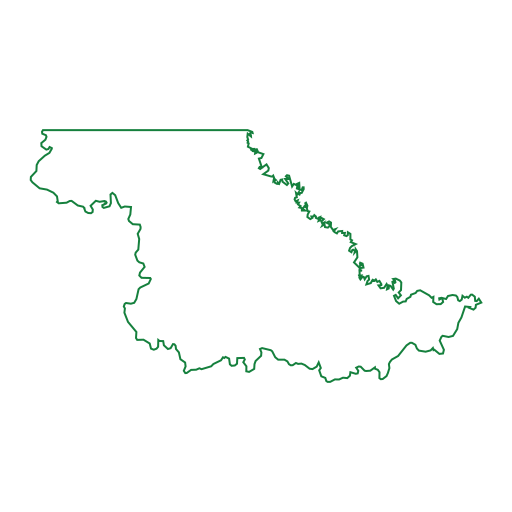 El Encanto, Amazonas, Colombia (orthographic projection)
{"feature_id": "7082276B15462988930410", "entity_name": "El Encanto", "entity_type": "district", "adm_level": 2, "iso_a3": "COL", "parent_name": "Colombia", "parent_adm1": "Amazonas", "projection": "orthographic", "projection_center": [-72.847, -1.998], "detail": "fine", "context": "isolated", "style": "outline", "palette": "green", "viewbox_px": 512, "rotation_deg": 0, "n_neighbors": 0, "source": "geoboundaries", "source_scale": "gbopen_adm2", "svg_char_len": 6082}
<svg xmlns="http://www.w3.org/2000/svg" viewBox="0 0 512 512"><path d="M43.0,130.1L42.0,131.8L42.3,133.7L45.9,135.2L46.5,136.8L45.4,139.7L41.3,143.1L41.5,146.2L46.3,149.6L48.4,149.0L49.6,147.0L51.6,148.0L51.8,147.3L51.8,148.7L49.4,152.9L44.8,155.7L38.7,161.2L36.7,165.0L36.4,171.0L30.9,176.9L30.7,180.0L32.4,182.3L39.6,188.3L47.0,189.6L53.4,192.7L57.0,196.4L57.9,202.4L56.2,201.4L58.7,203.3L66.6,202.7L69.7,201.0L71.6,200.9L77.8,205.5L83.1,206.7L85.0,208.7L84.2,208.3L85.4,211.5L88.2,213.0L91.0,213.2L92.6,212.0L92.8,209.5L90.6,205.8L95.8,200.8L99.7,201.8L104.5,201.0L106.0,201.6L106.6,202.7L106.1,203.5L104.7,204.2L104.9,202.5L104.6,204.2L102.3,205.2L102.5,207.0L103.8,207.9L109.5,206.3L110.9,203.1L110.5,194.5L112.4,192.9L115.2,195.2L118.2,203.1L121.2,207.8L124.8,206.5L131.0,207.0L130.3,214.5L128.3,219.0L129.0,221.0L132.8,224.2L139.8,224.6L140.6,227.0L140.5,228.9L137.7,233.8L139.2,239.0L138.3,249.6L135.7,252.6L135.2,254.7L137.4,260.6L139.3,262.3L143.3,263.5L144.6,266.9L140.0,272.6L139.3,275.5L141.5,277.8L150.2,278.0L150.8,279.0L148.7,283.5L140.3,287.5L138.6,289.2L136.4,299.0L134.2,302.8L130.9,303.7L126.0,303.0L124.7,303.9L123.8,306.5L124.9,308.4L124.4,312.7L128.0,321.9L136.4,332.0L136.0,338.0L137.2,339.9L143.5,339.7L149.7,343.5L151.0,348.6L153.8,349.7L156.5,348.7L158.1,346.8L158.3,340.0L159.5,341.0L163.2,341.1L163.9,345.3L167.9,349.0L170.6,348.2L173.0,344.1L174.4,344.3L175.6,345.8L176.0,349.0L178.9,352.4L180.4,359.2L185.1,362.5L185.6,366.4L183.8,370.8L185.3,373.1L186.7,373.0L191.1,369.9L196.2,369.7L199.4,368.3L201.5,369.2L211.2,366.3L213.4,364.0L221.0,360.3L223.0,357.3L224.3,358.0L225.5,356.9L229.1,358.6L229.9,364.3L231.6,365.8L234.8,365.5L237.0,363.7L237.3,358.1L244.0,357.9L244.8,359.5L243.3,362.2L246.4,366.3L246.3,371.3L249.1,371.9L254.2,368.9L254.5,364.1L255.6,361.0L261.1,355.8L261.4,352.4L260.0,349.0L262.1,348.1L270.8,350.2L272.2,351.3L275.2,357.2L278.2,359.7L284.5,359.7L287.4,361.4L289.0,364.2L290.8,365.3L292.7,365.2L295.9,363.0L298.1,363.9L301.4,363.6L304.8,365.0L309.6,368.7L312.5,369.1L316.7,366.6L318.7,362.4L320.8,368.0L319.2,370.3L321.3,376.3L325.3,377.9L326.3,381.0L327.6,381.9L330.1,381.9L334.9,379.4L339.0,379.5L343.0,377.7L347.3,378.1L349.9,375.7L350.4,372.2L355.8,373.8L357.7,373.4L358.3,370.8L356.2,367.7L358.7,366.5L360.7,366.7L364.6,370.7L366.1,371.0L370.3,370.7L374.9,367.4L375.0,368.7L377.8,369.8L379.5,372.2L379.4,378.1L380.8,379.2L382.7,379.0L386.5,376.1L387.9,373.0L389.4,368.1L388.9,364.1L389.9,362.0L391.9,359.5L398.1,356.0L406.5,345.4L410.2,342.8L411.9,342.8L415.4,344.8L416.9,348.5L418.9,350.6L425.6,351.7L430.6,350.4L432.9,348.0L433.5,350.1L434.3,349.7L439.4,353.9L443.0,353.5L443.9,349.8L439.7,340.6L441.4,336.9L442.6,335.8L448.6,337.0L453.0,335.9L457.2,329.1L458.4,322.8L461.4,317.5L465.1,306.5L469.8,307.0L469.1,307.8L473.5,309.6L475.6,307.7L475.9,304.8L481.3,302.6L478.8,298.7L476.7,301.1L475.2,300.9L474.8,296.7L472.1,294.6L470.8,294.7L468.3,297.8L466.8,296.7L464.8,297.7L462.5,295.8L461.7,299.6L459.8,301.1L458.2,300.3L457.3,297.0L455.9,295.5L452.5,295.0L448.0,296.0L446.1,299.0L441.5,297.8L439.2,298.3L439.4,299.5L441.2,298.5L442.4,298.9L443.1,302.0L440.7,304.1L436.5,304.2L433.2,302.0L433.4,296.9L431.6,297.8L429.1,295.3L420.2,290.3L417.2,290.9L415.6,293.0L411.0,294.7L410.4,296.8L406.7,298.9L405.7,301.4L403.1,301.6L399.2,303.7L396.1,301.1L394.0,295.8L395.7,294.9L398.1,298.3L400.9,295.3L398.7,292.5L401.0,290.1L401.3,282.5L399.9,280.6L395.8,278.6L393.3,279.0L395.1,280.8L395.4,282.4L394.7,282.9L393.3,281.3L392.4,281.8L393.8,288.6L393.2,289.6L390.6,285.9L389.0,285.4L388.7,288.5L387.0,289.3L387.6,286.0L386.6,284.0L384.1,287.8L380.6,288.3L378.5,285.4L381.3,285.1L381.4,284.3L379.4,280.9L377.3,281.9L375.8,279.4L374.3,280.7L372.0,279.3L373.6,281.0L371.8,281.1L370.8,283.1L366.4,284.4L367.5,281.1L369.1,279.6L368.5,275.9L366.6,276.3L364.7,279.3L363.8,277.0L362.7,276.6L360.4,279.4L359.4,277.7L361.1,275.5L358.3,275.7L359.7,274.8L359.5,270.8L362.0,270.6L359.5,269.8L359.7,268.2L363.5,267.6L362.6,263.7L360.2,262.7L359.9,263.8L361.7,265.2L360.2,265.3L359.6,267.0L358.7,267.0L354.0,262.4L357.4,257.3L357.0,251.1L355.7,249.2L355.7,251.5L354.6,252.7L355.0,251.0L353.3,249.7L352.4,249.9L351.4,252.2L349.1,250.7L350.0,248.0L351.7,246.2L355.7,244.1L350.8,242.1L352.0,240.3L350.4,239.4L350.4,233.9L347.9,232.3L347.8,235.1L346.5,236.1L344.2,235.3L344.9,232.9L342.1,233.0L342.2,231.0L338.2,231.4L336.9,233.4L334.7,232.2L333.7,231.3L335.5,229.1L333.0,230.0L330.8,226.8L331.0,222.6L329.1,221.4L326.6,222.7L329.4,224.1L329.6,226.0L327.9,227.6L325.0,227.1L324.5,224.4L322.3,225.7L323.9,222.7L322.3,223.6L321.4,221.5L323.8,219.2L320.7,217.5L320.2,220.2L318.6,220.9L320.0,217.1L318.8,217.6L319.0,219.3L315.9,217.9L315.9,216.5L314.3,215.1L313.6,216.4L311.5,216.5L312.3,217.9L310.3,219.1L307.4,217.0L307.7,214.5L309.3,211.5L307.7,211.1L306.8,208.3L307.4,205.7L306.0,202.7L305.3,203.2L306.0,204.6L304.8,205.8L306.2,207.3L304.3,206.6L302.5,208.7L305.1,210.5L301.9,210.5L301.8,208.1L299.4,207.5L300.6,206.1L298.0,204.4L299.0,202.7L296.8,202.7L297.7,200.4L295.6,201.3L294.6,199.3L295.1,197.8L296.8,197.3L296.0,192.8L297.4,194.2L298.8,192.2L298.7,194.2L299.5,194.6L300.2,193.0L301.7,192.9L303.7,189.1L303.6,187.3L302.7,187.3L301.6,190.1L296.9,188.5L297.2,186.8L298.3,188.4L299.5,187.9L299.2,182.9L297.0,183.9L297.9,185.8L293.8,183.9L292.1,186.5L289.1,175.7L287.0,175.2L285.9,176.3L288.8,179.0L285.2,179.0L288.3,183.4L286.9,185.0L282.5,181.7L282.2,179.5L280.6,179.8L279.2,183.7L277.8,182.4L277.8,183.9L276.8,183.8L274.4,182.4L274.4,181.1L275.8,180.0L274.8,179.1L273.6,180.4L274.1,177.8L273.2,175.6L272.3,176.6L270.8,176.4L263.3,174.2L268.3,170.6L268.8,168.1L266.5,164.4L260.2,169.0L258.9,168.2L259.7,166.9L261.8,167.3L258.9,158.6L261.4,158.0L263.4,154.1L258.2,152.3L256.5,148.5L256.5,152.8L255.1,153.5L255.4,151.5L252.9,151.1L253.3,149.5L254.8,150.5L254.4,148.9L252.6,149.0L250.7,150.4L251.7,148.6L247.9,146.7L248.7,143.4L247.6,142.8L248.1,141.3L247.3,140.4L248.1,139.6L247.3,137.0L247.7,133.7L251.0,136.4L250.9,135.1L249.2,134.5L250.7,132.6L252.6,133.0L252.3,131.9L247.5,130.1L43.0,130.1Z" fill="none" stroke="#15803d" stroke-width="2"/></svg>